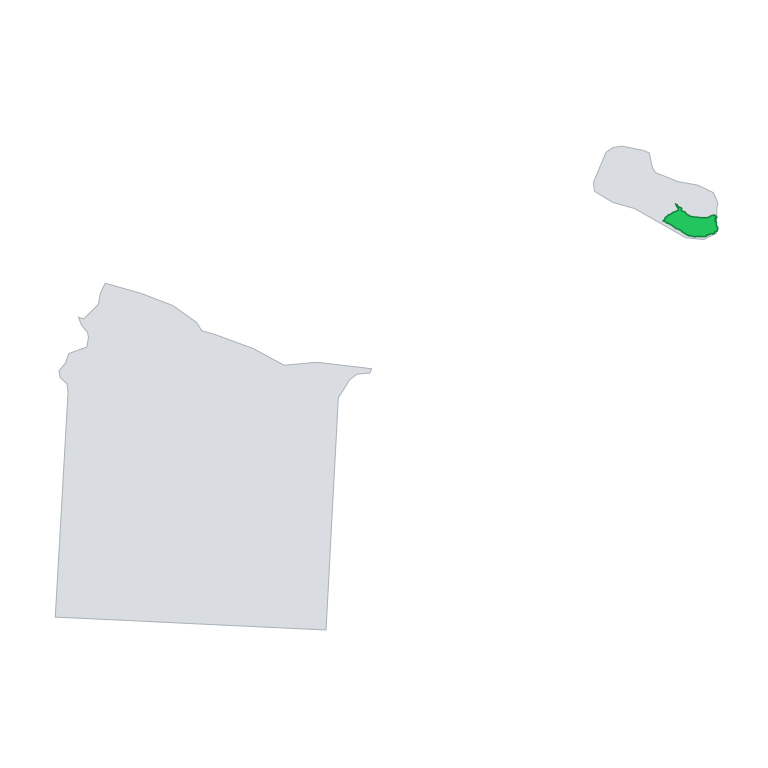 Baney, Bioko Norte, Equatorial Guinea (highlighted), rotated 93°
{"feature_id": "11065452B68125244133984", "entity_name": "Baney", "entity_type": "district", "adm_level": 2, "iso_a3": "GNQ", "parent_name": "Equatorial Guinea", "parent_adm1": "Bioko Norte", "projection": "equal_earth", "projection_center": [8.855, 3.645], "detail": "fine", "context": "in_parent", "style": "filled", "palette": "green", "viewbox_px": 768, "rotation_deg": 93, "n_neighbors": 0, "source": "geoboundaries", "source_scale": "gbopen_adm2", "svg_char_len": 3837}
<svg xmlns="http://www.w3.org/2000/svg" viewBox="0 0 768 768"><g transform="rotate(93 384 384)"><path d="M632.7,429.0L633.0,482.7L633.2,528.2L633.4,577.4L633.6,628.6L633.8,672.0L634.0,700.1L598.7,699.9L551.8,699.7L505.0,699.5L458.2,699.3L434.7,699.2L408.7,699.1L400.3,700.6L394.6,707.7L387.8,709.3L379.8,703.2L370.0,700.3L367.4,694.1L362.6,682.7L352.9,681.5L348.1,682.7L341.1,689.2L333.3,692.6L334.8,687.4L319.4,673.4L308.2,672.0L298.0,667.7L306.3,631.2L316.7,599.0L332.2,574.6L340.4,568.7L343.1,556.6L355.3,516.9L370.5,484.7L365.8,452.0L369.4,397.2L373.8,398.7L374.5,403.9L375.7,411.6L381.4,418.4L400.3,428.9L456.7,428.9L490.3,429.0L540.0,429.0L592.7,429.0L632.7,429.0ZM186.0,59.9L190.2,60.8L216.0,59.9L223.0,72.2L222.2,90.2L195.7,142.9L190.7,165.1L180.5,183.9L171.6,185.4L141.0,174.4L135.9,167.7L134.0,158.7L137.1,137.7L139.3,131.2L153.9,127.3L158.7,123.9L166.5,101.2L169.1,80.6L175.7,65.1L186.0,59.9Z" fill="#d9dde1" stroke="#a8b0b8" stroke-width="1"/><path d="M189.2,102.0L190.1,101.7L190.7,101.2L191.5,100.8L192.0,100.5L192.8,99.6L193.4,99.4L194.2,99.0L194.8,99.5L195.3,99.9L195.8,100.6L196.3,101.3L196.5,102.1L196.8,102.8L197.2,103.9L197.7,104.6L198.1,105.2L199.1,106.3L199.5,106.6L199.7,107.2L200.0,108.0L200.1,108.8L200.9,109.4L201.6,110.1L202.4,110.7L202.7,111.5L203.3,112.0L203.8,112.2L204.2,112.1L204.3,112.1L204.7,112.2L205.4,112.8L206.5,113.8L206.6,113.2L206.9,112.4L207.0,112.1L207.2,111.8L207.2,111.3L207.5,110.9L207.6,110.5L207.9,110.2L208.0,110.3L208.5,110.2L208.7,109.7L208.5,109.3L208.9,108.4L209.0,107.5L209.3,107.1L209.4,106.7L209.9,106.4L210.0,106.0L210.2,105.7L210.2,105.2L211.4,103.7L211.6,103.3L211.7,103.1L211.9,102.6L212.2,102.3L212.3,102.3L212.6,101.9L212.7,101.4L213.1,101.2L213.1,100.9L213.7,100.3L213.6,99.8L213.8,98.9L214.1,98.0L214.1,97.7L214.7,97.2L214.7,96.6L214.8,96.1L215.0,95.5L215.8,95.0L216.4,94.2L216.7,94.0L216.8,93.6L217.0,93.3L217.1,92.9L217.4,92.5L217.7,92.2L218.0,91.2L218.5,90.8L218.8,90.1L218.8,89.7L219.1,89.5L219.2,89.2L219.5,88.9L219.6,88.1L220.0,87.6L219.8,87.2L219.7,86.6L219.9,86.1L220.2,85.9L220.0,84.8L220.2,83.7L220.5,83.4L220.8,81.9L220.6,81.5L220.5,81.0L220.7,80.5L220.5,80.2L220.3,79.6L220.4,79.1L220.3,78.7L220.1,78.4L220.3,78.0L220.1,77.5L220.3,77.0L220.2,76.7L220.1,76.2L220.4,75.6L220.1,75.3L220.0,74.6L220.0,73.9L220.2,73.4L220.1,72.8L220.0,71.5L219.8,70.3L219.4,69.9L219.3,69.5L218.9,69.3L218.6,69.6L218.4,69.5L218.1,68.0L218.3,67.5L218.0,67.1L217.5,67.1L217.2,66.4L217.0,65.5L216.8,64.9L216.9,64.4L217.0,64.3L217.2,63.9L216.9,63.4L216.5,63.2L216.3,61.8L214.7,61.4L214.5,60.8L214.2,60.4L214.2,60.1L214.1,59.6L213.5,59.3L213.3,59.4L212.7,59.0L212.4,59.2L211.9,58.8L211.6,58.9L210.8,58.7L210.5,59.1L210.0,59.2L209.8,59.5L209.5,59.6L209.4,59.8L209.2,59.7L208.8,59.8L208.8,60.2L208.6,60.4L208.0,60.7L206.9,60.5L205.8,60.7L205.7,60.8L205.4,60.5L205.1,60.8L204.6,60.9L204.5,61.4L204.3,61.5L204.2,61.9L203.5,61.5L203.2,61.8L202.9,61.5L202.5,61.9L202.0,61.5L201.8,61.7L201.7,61.1L201.3,61.3L200.9,61.3L200.8,61.5L200.5,61.3L200.4,61.3L200.3,61.0L200.1,61.0L200.0,60.8L199.9,61.1L199.6,61.0L199.6,61.4L198.8,61.4L198.7,61.9L198.4,62.0L198.2,62.2L198.0,62.4L198.2,63.1L198.3,63.6L198.1,64.0L198.3,64.7L198.5,65.2L198.9,66.1L199.5,67.2L199.9,67.8L200.6,68.8L200.9,69.8L201.1,70.7L201.0,71.1L201.1,72.1L201.2,73.3L201.2,74.7L201.3,75.7L201.3,76.8L201.1,78.3L201.1,79.3L200.9,80.6L201.0,81.3L201.0,83.0L200.8,84.3L200.7,85.8L200.3,87.3L200.1,87.8L199.8,88.1L199.4,89.0L199.0,89.6L198.8,90.0L198.3,90.8L198.1,91.2L197.5,91.6L196.9,91.9L196.4,92.3L196.1,93.4L196.0,94.1L195.9,94.8L195.6,95.6L195.1,96.1L194.6,96.0L193.8,95.8L193.0,95.9L192.7,96.3L192.4,96.8L191.9,98.3L191.6,98.9L191.5,99.4L191.2,99.8L190.7,100.4L189.8,100.3L189.7,100.4L189.7,100.5L189.6,100.9L189.5,101.1L189.5,101.3L189.4,101.5L189.3,101.8L189.2,102.0Z" fill="#22c55e" stroke="#15803d" stroke-width="1.5"/></g></svg>